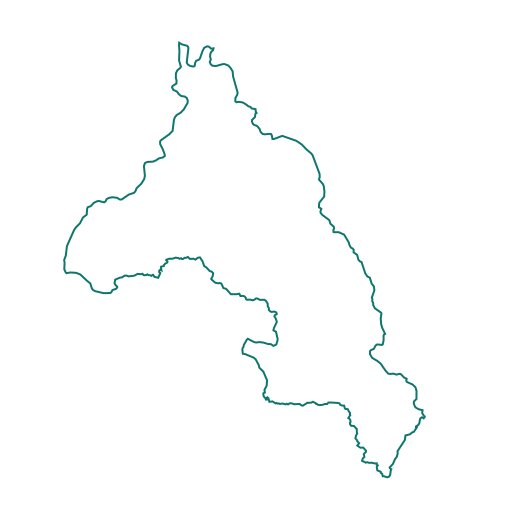 Norcasia, Caldas, Colombia, rotated 278°
{"feature_id": "7082276B5285222782638", "entity_name": "Norcasia", "entity_type": "district", "adm_level": 2, "iso_a3": "COL", "parent_name": "Colombia", "parent_adm1": "Caldas", "projection": "orthographic", "projection_center": [-74.881, 5.638], "detail": "fine", "context": "isolated", "style": "outline", "palette": "teal", "viewbox_px": 512, "rotation_deg": 278, "n_neighbors": 0, "source": "geoboundaries", "source_scale": "gbopen_adm2", "svg_char_len": 6090}
<svg xmlns="http://www.w3.org/2000/svg" viewBox="0 0 512 512"><g transform="rotate(278 256 256)"><path d="M213.6,69.6L212.6,70.7L213.8,74.2L214.3,80.2L213.2,84.7L208.0,92.0L205.9,95.6L200.9,98.1L199.6,99.5L198.8,101.6L198.0,110.3L199.0,116.6L199.8,117.7L202.3,118.6L204.0,122.0L205.5,122.9L206.3,122.8L207.9,120.7L209.4,119.7L213.0,119.9L215.4,123.8L216.4,126.6L218.2,128.5L218.6,130.6L218.1,132.6L218.6,134.6L219.6,138.3L221.8,141.2L222.0,144.8L222.6,146.1L221.5,147.2L221.4,148.2L222.1,150.4L222.7,150.9L222.1,152.5L222.2,153.8L221.8,155.2L222.9,156.2L223.0,156.8L221.3,158.2L220.8,162.2L225.8,163.6L226.5,162.4L227.9,162.2L229.0,163.1L228.6,164.4L231.6,163.4L232.3,163.6L233.2,166.1L234.3,166.1L235.8,167.2L237.2,169.0L238.2,169.1L239.4,167.6L239.9,167.8L241.3,170.6L241.6,173.5L243.2,176.7L243.1,179.4L242.6,180.7L243.4,182.1L242.8,182.9L242.8,184.0L244.3,185.6L244.4,186.9L245.6,188.7L243.9,190.9L244.6,194.5L244.0,196.7L246.1,198.4L246.8,200.7L243.3,203.8L238.8,206.1L237.8,208.4L234.7,212.2L234.3,214.4L233.0,216.0L229.9,215.9L227.1,214.8L226.3,215.6L223.8,219.5L223.7,222.4L224.2,223.7L223.9,225.5L219.7,228.2L219.3,231.0L214.7,236.4L215.5,242.4L216.3,244.7L214.2,246.2L214.7,248.9L214.4,250.2L213.3,251.6L211.7,252.3L211.4,253.2L212.0,256.0L211.7,258.7L212.3,260.3L214.0,261.9L214.1,263.4L213.1,266.0L213.8,270.3L213.1,271.9L210.5,274.2L208.0,274.6L206.1,276.0L204.2,276.3L203.0,278.1L202.8,279.2L203.5,281.8L203.2,283.4L202.4,284.3L201.3,284.6L200.0,282.9L198.8,282.6L196.6,284.4L193.6,285.8L187.2,283.8L184.8,283.6L183.8,286.3L177.1,288.9L175.4,289.1L171.2,288.4L169.4,285.8L170.8,283.0L170.5,280.2L171.3,275.5L171.2,271.2L170.3,268.0L170.7,265.5L172.9,259.4L171.9,258.6L166.2,256.3L164.3,256.3L163.0,255.6L161.6,255.5L157.4,256.5L157.3,259.0L155.1,267.7L153.7,270.0L148.1,274.1L145.9,274.8L142.5,279.4L134.3,284.3L129.0,284.6L124.6,283.0L122.0,283.8L121.2,282.5L120.2,282.4L117.9,283.3L116.6,285.0L115.2,285.8L115.3,286.6L117.1,286.3L117.7,287.0L116.8,288.1L113.4,289.6L114.3,292.5L112.8,295.9L113.3,296.9L112.8,297.9L113.2,299.2L112.8,300.2L113.6,302.6L113.2,306.0L114.0,307.1L113.5,308.4L114.8,309.9L115.1,311.5L114.5,314.3L115.5,319.8L114.3,322.1L114.3,323.2L117.7,327.2L118.5,331.2L119.6,332.7L118.5,335.6L118.0,335.9L118.1,336.7L117.4,337.6L117.2,339.5L117.7,342.1L119.1,345.0L119.3,347.0L121.0,348.1L121.3,350.4L121.9,357.5L121.6,359.3L120.3,360.2L119.9,362.0L120.1,364.1L117.4,365.2L117.0,366.1L117.1,368.2L115.0,369.5L113.7,371.0L112.3,370.9L111.6,371.5L108.4,370.0L107.9,371.2L106.5,372.3L104.9,372.7L103.7,372.2L102.4,372.6L101.1,373.9L101.3,376.6L98.6,379.9L95.4,380.4L94.4,380.9L92.0,380.0L89.3,379.8L87.5,381.8L86.6,382.1L85.0,384.2L82.4,382.7L80.7,386.0L81.2,388.8L78.5,392.0L77.4,392.2L74.9,390.3L72.0,391.3L70.6,390.0L68.2,389.5L67.6,389.9L67.3,392.0L66.6,393.3L67.3,395.0L66.9,396.9L67.4,399.4L67.1,403.0L67.5,404.4L65.9,404.7L65.6,405.7L63.8,404.9L60.6,406.0L59.7,409.5L58.6,409.8L57.8,411.3L55.5,412.2L55.7,413.5L55.1,416.7L56.0,418.5L57.9,419.3L62.6,419.3L63.6,419.7L64.7,417.9L65.2,417.8L69.1,420.5L74.3,422.0L76.9,423.4L80.3,423.8L82.4,423.3L94.5,429.0L99.1,429.0L100.9,433.4L102.8,434.9L103.9,436.8L108.6,439.1L108.8,438.2L109.4,438.1L111.4,440.3L113.5,441.1L115.9,441.0L118.1,441.4L119.4,442.8L118.6,444.6L119.8,445.4L120.6,445.4L121.3,444.3L123.6,442.4L126.5,442.4L126.9,438.5L127.9,435.8L128.9,434.4L132.1,432.7L134.0,432.7L136.7,434.8L144.9,433.7L148.3,432.1L150.5,429.0L152.3,422.9L153.5,422.1L155.4,422.3L156.2,419.7L159.2,415.8L159.3,414.4L158.1,411.6L158.6,408.2L157.9,405.6L157.9,403.3L160.4,400.3L166.8,394.4L168.9,390.9L171.3,385.2L174.6,382.6L177.5,382.1L178.8,382.9L180.4,385.6L184.0,386.9L185.3,388.4L185.5,393.2L186.1,393.8L190.3,394.1L194.9,393.4L196.3,393.9L196.8,394.7L202.4,391.0L206.0,389.4L211.5,388.2L216.6,388.2L217.3,387.7L220.7,381.1L223.7,378.9L225.6,378.6L227.4,377.4L229.3,377.3L230.9,376.5L238.5,378.0L242.4,376.9L244.7,374.4L250.4,371.7L251.1,369.3L253.9,366.7L264.6,361.4L265.2,359.5L266.6,357.9L271.2,356.0L273.2,352.1L275.7,351.9L276.7,350.9L277.6,348.7L279.9,347.0L282.2,346.1L289.4,340.3L291.1,334.6L290.4,329.5L292.3,329.0L294.6,329.5L296.0,328.8L298.2,325.3L301.7,323.6L305.9,316.0L307.7,314.0L309.2,313.6L311.8,314.1L313.0,311.6L316.0,311.2L317.8,311.4L324.3,315.2L329.4,314.8L334.8,313.3L336.7,312.1L340.4,307.7L343.1,308.1L346.2,307.5L363.5,298.1L365.1,296.6L368.6,291.1L372.8,285.8L375.7,279.8L378.6,265.3L374.3,257.4L374.2,256.0L377.4,255.0L378.8,254.0L378.8,252.3L377.7,247.6L377.8,245.5L379.5,243.3L382.3,241.9L385.0,238.9L385.4,236.4L386.3,234.6L388.6,233.3L390.1,233.1L393.4,235.6L397.2,235.7L397.7,236.6L399.2,235.6L401.4,235.1L401.5,231.2L402.9,229.7L403.2,227.5L404.5,225.5L406.2,221.5L406.3,217.6L405.6,215.5L406.1,214.1L409.5,213.6L413.5,215.1L415.4,215.0L430.4,208.4L435.7,207.1L438.9,204.4L440.8,202.0L441.7,198.1L441.3,196.2L438.5,189.8L438.4,186.3L439.5,184.6L441.7,183.2L444.2,183.9L447.3,182.7L449.9,182.7L451.7,183.1L454.0,184.9L455.7,185.0L455.1,182.7L456.6,180.5L456.9,179.1L456.7,178.2L454.9,175.7L451.4,174.5L443.8,173.0L442.3,172.0L441.0,169.6L438.9,168.9L435.6,168.8L434.9,167.7L435.0,164.5L436.1,161.9L437.9,160.5L452.6,160.1L453.7,159.6L454.6,158.4L455.2,153.3L456.5,150.3L454.1,150.4L448.7,151.6L439.0,152.6L432.9,155.3L431.3,154.5L429.0,152.3L426.0,151.3L421.3,151.8L418.7,152.9L415.7,153.2L412.7,149.7L411.3,149.4L409.0,151.0L407.8,154.9L405.6,156.9L404.0,159.8L404.0,163.1L403.0,165.3L400.6,166.7L399.1,166.9L398.0,166.9L391.1,164.1L387.5,161.5L384.6,157.9L382.1,156.4L379.5,155.8L368.3,156.0L364.4,153.1L357.3,145.7L356.2,145.1L353.5,145.5L348.8,148.8L344.4,151.2L342.4,151.8L340.7,150.2L339.2,146.4L336.6,143.4L335.1,140.8L334.0,135.2L332.5,133.1L329.5,132.5L320.0,134.8L316.7,134.6L311.7,132.4L306.5,128.3L303.5,127.6L301.6,126.5L299.1,121.5L293.2,115.0L293.0,113.3L294.3,110.3L294.2,105.7L293.2,102.5L291.7,100.3L289.0,99.3L288.0,98.1L288.6,92.8L288.1,91.0L286.0,87.9L282.4,85.5L280.9,82.6L279.2,82.2L273.4,82.6L270.0,79.3L263.8,77.1L259.6,73.9L256.6,72.3L239.5,67.4L230.1,67.6L225.3,66.6L222.6,67.4L216.2,68.0L213.6,69.6Z" fill="none" stroke="#0f766e" stroke-width="2"/></g></svg>